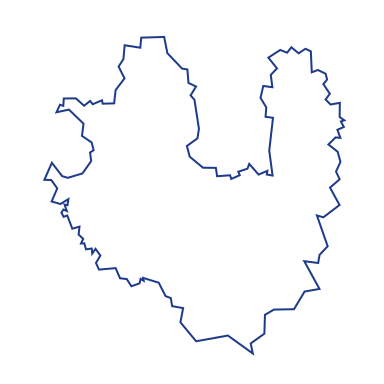 Dong Phu, Bình Phước, Vietnam (Albers equal-area conic projection), rotated 96°
{"feature_id": "81297802B41717626545623", "entity_name": "Dong Phu", "entity_type": "district", "adm_level": 2, "iso_a3": "VNM", "parent_name": "Vietnam", "parent_adm1": "Bình Phước", "projection": "albers", "projection_center": [106.951, 11.479], "detail": "medium", "context": "isolated", "style": "outline", "palette": "blue", "viewbox_px": 384, "rotation_deg": 96, "n_neighbors": 0, "source": "geoboundaries", "source_scale": "gbopen_adm2", "svg_char_len": 1894}
<svg xmlns="http://www.w3.org/2000/svg" viewBox="0 0 384 384"><g transform="rotate(96 192 192)"><path d="M275.1,55.1L249.1,73.1L249.4,59.1L241.2,58.6L231.8,51.4L202.3,65.3L203.4,58.7L189.5,43.9L173.2,55.2L163.9,46.5L156.6,50.9L146.5,47.5L136.7,51.4L130.5,61.3L122.7,54.9L122.6,50.1L114.9,53.9L111.5,47.8L106.3,51.3L104.8,48.0L102.0,53.0L87.9,54.3L90.5,63.4L86.0,68.8L79.9,65.2L71.0,72.6L66.0,69.4L60.4,71.5L57.5,79.5L60.4,85.4L39.7,88.5L37.7,94.1L42.9,100.5L37.7,108.3L43.5,112.0L41.5,119.1L50.4,130.1L60.2,120.4L67.3,125.9L79.4,123.0L79.1,132.2L91.2,133.7L100.1,127.0L109.5,126.7L109.8,119.2L142.8,119.5L167.2,113.6L166.8,119.4L163.1,119.3L167.7,127.6L158.1,138.0L163.0,139.3L167.0,148.1L170.3,146.3L174.9,154.3L171.4,155.9L173.7,168.7L165.5,170.8L166.7,183.6L157.2,197.9L146.8,201.9L138.1,192.2L128.5,191.7L100.0,199.2L96.1,203.5L86.7,199.0L83.9,206.9L70.6,209.4L70.3,214.8L56.5,231.0L40.7,235.9L43.8,258.6L53.9,258.5L53.1,274.3L67.0,274.1L74.9,278.1L86.1,271.0L98.6,278.6L112.0,278.7L113.5,290.1L110.2,291.1L115.1,299.9L112.1,302.9L117.5,308.3L111.0,317.3L112.4,329.3L119.8,329.0L119.0,332.4L126.9,335.1L122.9,323.0L135.4,307.0L147.7,307.3L153.2,297.0L160.7,294.2L163.4,297.5L171.8,295.5L185.0,302.9L190.9,317.1L189.8,322.8L177.6,334.4L195.3,340.1L194.8,333.2L202.5,326.4L216.1,330.6L217.7,321.6L212.0,314.2L218.1,314.5L217.9,317.4L224.0,314.5L222.9,318.1L226.2,319.7L230.1,317.1L228.4,313.6L241.0,307.2L238.2,300.3L246.2,300.3L250.0,295.3L254.8,297.0L254.3,293.8L260.1,291.4L258.7,285.8L263.7,284.8L258.6,282.0L264.8,276.5L272.6,280.1L278.9,276.4L275.7,260.0L285.3,254.6L285.4,247.8L292.1,242.4L288.3,234.6L283.8,234.1L285.3,230.8L282.5,231.8L285.7,215.6L298.3,207.4L299.7,202.0L307.6,199.8L308.4,188.7L322.8,189.9L340.0,172.3L331.0,141.3L346.3,114.6L336.5,117.8L325.3,105.2L306.5,106.6L300.4,98.3L297.9,78.3L279.2,69.6L275.1,55.1Z" fill="none" stroke="#1e3a8a" stroke-width="2"/></g></svg>